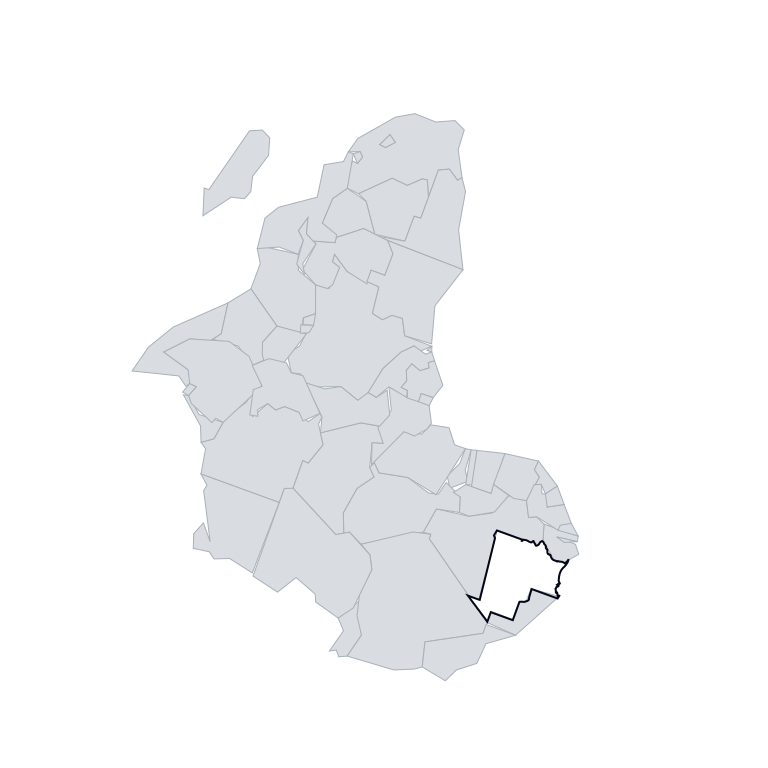 where Mauritania sits in Africa, rotated 200°
{"feature_id": "MRT", "entity_name": "Mauritania", "entity_type": "country or territory", "adm_level": 0, "iso_a3": "MRT", "parent_name": "Africa", "parent_adm1": "", "projection": "mercator", "projection_center": [-11.622, 21.016], "detail": "fine", "context": "in_parent", "style": "outline", "palette": "ink", "viewbox_px": 768, "rotation_deg": 200, "n_neighbors": 49, "source": "natural_earth", "source_scale": "50m", "svg_char_len": 13995}
<svg xmlns="http://www.w3.org/2000/svg" viewBox="0 0 768 768"><g transform="rotate(200 384 384)"><path d="M504.4,401.8L541.6,427.9L541.5,454.9L549.4,467.9L543.8,472.0L509.0,476.5L503.3,461.5L482.2,453.8L474.4,440.9L472.4,426.7L482.3,418.7L480.0,403.1L504.4,401.8Z" fill="#d9dde1" stroke="#a8b0b8" stroke-width="1"/><path d="M205.6,195.1L205.5,207.0L182.5,206.6L182.7,226.3L176.2,227.0L175.8,241.9L146.8,244.3L174.5,192.9L205.6,195.1Z" fill="#d9dde1" stroke="#a8b0b8" stroke-width="1"/><path d="M472.4,426.7L482.2,453.8L468.2,455.1L465.6,478.4L474.3,481.2L474.9,489.0L457.1,477.1L422.0,473.4L419.0,446.4L407.5,443.9L400.0,451.3L389.1,451.9L381.1,436.4L352.0,435.8L361.9,426.7L368.8,430.0L378.8,419.9L390.3,398.1L396.6,365.6L403.1,359.7L423.7,366.8L446.5,358.2L458.6,358.3L466.0,365.0L475.0,362.8L485.3,379.6L476.2,390.9L472.4,426.7Z" fill="#d9dde1" stroke="#a8b0b8" stroke-width="1"/><path d="M558.3,406.9L554.1,375.5L562.1,365.4L582.0,359.9L601.9,338.7L573.0,330.4L565.2,320.5L569.3,314.1L579.6,321.4L625.2,310.1L617.9,338.2L601.5,365.5L558.3,406.9Z" fill="#d9dde1" stroke="#a8b0b8" stroke-width="1"/><path d="M541.6,427.9L504.4,401.8L512.4,381.7L505.1,365.2L514.2,356.4L534.0,369.8L560.2,367.6L554.1,375.5L558.3,406.9L541.6,427.9Z" fill="#d9dde1" stroke="#a8b0b8" stroke-width="1"/><path d="M438.9,337.1L433.6,334.0L431.1,332.0L431.8,323.9L420.4,306.0L428.1,283.7L434.1,284.2L433.9,251.8L441.9,251.8L441.9,236.8L525.2,236.8L529.5,262.1L536.0,266.7L525.1,274.3L521.0,299.0L506.9,320.1L504.9,333.9L496.3,308.5L486.5,325.9L477.0,322.5L469.8,328.8L454.2,328.4L442.4,322.6L434.1,334.4L438.9,337.1Z" fill="#d9dde1" stroke="#a8b0b8" stroke-width="1"/><path d="M433.8,254.9L434.1,284.2L428.1,283.7L420.4,306.0L427.0,316.4L392.6,339.5L373.7,342.9L364.4,327.8L375.1,324.7L368.9,300.7L361.5,293.2L373.5,276.7L378.1,248.9L370.7,230.2L377.8,226.0L433.8,254.9Z" fill="#d9dde1" stroke="#a8b0b8" stroke-width="1"/><path d="M381.2,604.5L384.6,600.6L396.1,608.3L406.1,603.6L406.1,574.6L413.1,590.6L418.1,589.8L430.1,578.5L446.6,580.2L473.0,554.1L485.4,555.3L490.6,571.5L489.9,582.9L484.4,582.1L481.8,590.0L486.0,594.2L496.9,590.0L492.5,605.9L464.5,638.7L447.4,648.6L424.9,647.9L407.4,655.8L395.5,650.2L394.4,629.5L381.2,604.5ZM469.9,607.5L463.5,606.7L456.0,614.9L463.7,620.4L469.9,607.5Z" fill="#d9dde1" stroke="#a8b0b8" stroke-width="1"/><path d="M469.9,607.5L463.7,620.4L456.0,614.9L463.5,606.7L469.9,607.5Z" fill="#d9dde1" stroke="#a8b0b8" stroke-width="1"/><path d="M485.4,555.3L463.1,549.5L443.8,521.6L456.3,523.1L479.0,505.3L497.0,514.1L495.7,540.7L485.4,555.3Z" fill="#d9dde1" stroke="#a8b0b8" stroke-width="1"/><path d="M473.0,554.1L446.6,580.2L430.1,578.5L418.1,589.8L413.1,590.6L406.1,574.6L406.1,552.3L413.0,552.0L413.2,525.4L443.8,521.6L463.1,549.5L473.0,554.1Z" fill="#d9dde1" stroke="#a8b0b8" stroke-width="1"/><path d="M406.1,552.3L406.1,603.6L396.1,608.3L384.6,600.6L381.2,604.5L373.2,592.7L366.6,554.3L348.9,518.4L442.5,520.4L413.2,525.4L413.0,552.0L406.1,552.3Z" fill="#d9dde1" stroke="#a8b0b8" stroke-width="1"/><path d="M149.2,298.8L142.8,290.6L153.4,278.0L164.2,277.0L181.1,291.4L185.7,307.1L149.5,307.5L148.3,302.0L169.3,299.4L149.2,298.8Z" fill="#d9dde1" stroke="#a8b0b8" stroke-width="1"/><path d="M185.7,307.1L181.1,291.4L184.6,285.8L227.6,285.0L221.2,214.1L232.0,214.0L288.6,254.1L288.7,258.8L296.5,258.1L292.0,284.5L259.0,288.8L238.4,299.7L228.6,321.9L210.2,323.1L202.5,308.0L195.2,311.4L185.7,307.1Z" fill="#d9dde1" stroke="#a8b0b8" stroke-width="1"/><path d="M285.4,351.1L279.6,351.9L278.2,330.8L271.9,321.2L286.5,308.6L293.2,319.3L285.6,335.2L285.4,351.1Z" fill="#d9dde1" stroke="#a8b0b8" stroke-width="1"/><path d="M370.7,230.2L378.1,248.9L373.5,276.7L361.5,293.2L368.9,300.7L366.0,306.8L358.3,298.8L329.8,304.3L304.7,296.8L295.3,299.2L291.8,312.7L273.7,304.1L269.1,289.1L292.0,284.5L296.5,258.1L350.7,225.6L365.8,233.0L370.7,230.2Z" fill="#d9dde1" stroke="#a8b0b8" stroke-width="1"/><path d="M285.4,351.1L297.2,297.7L329.8,304.3L358.3,298.8L368.8,309.6L348.9,346.0L331.3,349.8L326.2,361.6L307.9,365.2L296.9,351.0L285.4,351.1Z" fill="#d9dde1" stroke="#a8b0b8" stroke-width="1"/><path d="M368.2,304.1L375.1,324.7L364.4,327.8L374.8,340.9L368.1,361.8L378.4,383.0L334.2,379.1L326.1,363.5L328.0,356.6L337.5,345.6L348.9,346.0L368.2,304.1Z" fill="#d9dde1" stroke="#a8b0b8" stroke-width="1"/><path d="M272.8,317.4L279.6,351.9L273.9,353.4L266.2,319.5L272.8,317.4Z" fill="#d9dde1" stroke="#a8b0b8" stroke-width="1"/><path d="M266.7,317.3L273.9,353.4L246.5,360.0L245.9,317.7L266.7,317.3Z" fill="#d9dde1" stroke="#a8b0b8" stroke-width="1"/><path d="M210.2,323.1L223.0,320.8L246.7,327.1L246.5,360.0L212.4,364.4L213.4,355.0L206.1,349.6L210.2,323.1Z" fill="#d9dde1" stroke="#a8b0b8" stroke-width="1"/><path d="M170.4,306.1L195.2,311.4L202.5,308.0L210.2,323.1L208.4,341.0L201.9,343.6L198.0,334.9L192.8,336.3L188.5,324.2L173.5,332.4L160.3,317.1L170.4,306.1Z" fill="#d9dde1" stroke="#a8b0b8" stroke-width="1"/><path d="M149.5,307.5L170.4,306.1L170.1,311.6L160.3,317.1L149.5,307.5Z" fill="#d9dde1" stroke="#a8b0b8" stroke-width="1"/><path d="M207.3,341.0L206.1,349.6L213.4,355.0L212.4,364.4L186.2,347.4L194.7,335.9L201.9,343.6L207.3,341.0Z" fill="#d9dde1" stroke="#a8b0b8" stroke-width="1"/><path d="M173.5,332.4L188.5,324.2L194.7,335.9L186.2,347.4L173.5,332.4Z" fill="#d9dde1" stroke="#a8b0b8" stroke-width="1"/><path d="M228.6,321.9L236.5,301.4L259.0,288.8L269.1,289.1L273.7,304.1L281.8,305.8L272.8,317.4L245.9,317.7L246.7,327.1L228.6,321.9Z" fill="#d9dde1" stroke="#a8b0b8" stroke-width="1"/><path d="M458.6,358.3L437.8,359.2L423.7,366.8L403.1,359.7L396.0,370.5L386.7,368.9L378.9,379.2L368.0,356.8L373.7,342.9L392.6,339.5L427.0,316.4L431.1,332.0L458.6,358.3Z" fill="#d9dde1" stroke="#a8b0b8" stroke-width="1"/><path d="M396.0,370.5L390.3,398.1L378.8,419.9L368.8,430.0L355.1,426.3L350.1,430.5L344.4,423.0L349.7,419.2L347.1,414.5L354.8,408.8L364.7,412.4L367.7,404.5L363.7,394.8L366.7,386.7L359.7,385.9L358.3,379.2L378.4,383.0L386.7,368.9L396.0,370.5Z" fill="#d9dde1" stroke="#a8b0b8" stroke-width="1"/><path d="M345.6,379.2L357.4,378.8L359.7,385.9L366.7,386.7L363.7,394.8L367.7,404.5L364.7,412.4L354.8,408.8L347.1,414.5L349.7,419.2L344.4,423.0L328.2,402.9L333.1,388.0L345.7,387.7L345.6,379.2Z" fill="#d9dde1" stroke="#a8b0b8" stroke-width="1"/><path d="M334.2,379.1L345.6,379.2L345.7,387.7L333.1,388.0L334.2,379.1Z" fill="#d9dde1" stroke="#a8b0b8" stroke-width="1"/><path d="M482.2,453.8L499.7,463.3L495.9,492.3L499.6,494.1L478.3,500.1L479.0,505.3L456.3,523.1L429.4,520.0L420.1,509.4L420.4,486.4L435.0,486.5L434.3,472.2L457.1,477.1L474.9,489.0L474.3,481.2L465.6,478.4L466.2,459.7L470.0,454.3L482.2,453.8Z" fill="#d9dde1" stroke="#a8b0b8" stroke-width="1"/><path d="M496.4,460.1L507.1,466.8L509.0,491.3L516.9,498.8L512.4,514.7L508.3,498.8L495.9,492.3L501.5,469.4L496.4,460.1Z" fill="#d9dde1" stroke="#a8b0b8" stroke-width="1"/><path d="M509.0,476.5L529.5,476.8L549.4,467.9L552.6,499.3L543.4,514.1L510.6,536.8L515.3,569.6L498.2,579.1L496.9,590.0L491.6,589.9L485.4,555.3L495.7,540.7L497.0,514.1L479.4,508.0L478.3,500.1L499.6,494.1L508.3,498.8L512.4,514.7L516.9,498.8L509.0,491.3L509.0,476.5Z" fill="#d9dde1" stroke="#a8b0b8" stroke-width="1"/><path d="M491.6,589.9L486.0,594.2L481.8,590.0L484.4,582.1L491.6,589.9Z" fill="#d9dde1" stroke="#a8b0b8" stroke-width="1"/><path d="M350.1,430.5L355.1,430.2L352.0,435.8L350.1,430.5ZM353.0,438.0L381.1,436.4L389.1,451.9L400.0,451.3L407.5,443.9L419.0,446.4L422.0,473.4L435.1,474.5L435.0,486.5L420.4,486.4L420.1,509.4L429.4,520.0L348.9,518.4L362.9,474.9L353.0,438.0Z" fill="#d9dde1" stroke="#a8b0b8" stroke-width="1"/><path d="M480.3,412.0L482.3,418.7L472.4,426.7L470.2,415.0L480.3,412.0Z" fill="#d9dde1" stroke="#a8b0b8" stroke-width="1"/><path d="M611.7,480.2L620.0,506.7L615.1,506.7L597.0,575.9L585.2,581.0L575.6,576.3L570.7,559.3L578.5,534.2L575.0,519.2L578.4,510.4L591.5,507.3L611.7,480.2Z" fill="#d9dde1" stroke="#a8b0b8" stroke-width="1"/><path d="M148.3,302.0L160.7,296.7L169.3,299.4L148.3,302.0Z" fill="#d9dde1" stroke="#a8b0b8" stroke-width="1"/><path d="M333.0,171.7L319.3,140.3L325.6,115.7L333.2,112.2L337.9,117.7L343.9,114.4L337.7,138.3L347.1,148.4L333.0,171.7Z" fill="#d9dde1" stroke="#a8b0b8" stroke-width="1"/><path d="M205.6,195.1L205.6,183.6L257.3,155.7L251.3,131.2L258.0,126.5L276.8,118.7L325.6,115.7L319.3,140.3L330.1,157.0L335.3,178.9L331.9,205.3L338.8,218.6L350.7,225.6L306.3,254.8L288.7,258.8L288.6,254.1L205.6,195.1Z" fill="#d9dde1" stroke="#a8b0b8" stroke-width="1"/><path d="M522.1,292.8L525.1,274.3L536.0,266.7L542.1,281.9L568.8,305.2L563.7,306.4L547.4,292.1L522.1,292.8Z" fill="#d9dde1" stroke="#a8b0b8" stroke-width="1"/><path d="M174.5,192.9L199.4,174.8L201.2,153.2L218.0,140.2L224.9,126.1L251.3,131.2L257.3,155.7L205.6,183.6L205.7,192.9L174.5,192.9Z" fill="#d9dde1" stroke="#a8b0b8" stroke-width="1"/><path d="M525.2,236.8L441.9,236.8L443.1,161.4L469.4,167.2L483.9,161.5L490.8,166.6L507.0,164.3L511.6,178.3L506.2,191.7L493.3,176.2L517.0,222.1L515.8,228.4L525.2,236.8Z" fill="#d9dde1" stroke="#a8b0b8" stroke-width="1"/><path d="M441.4,158.7L441.9,251.8L433.8,254.9L377.8,226.0L365.8,233.0L338.8,218.6L331.9,205.3L336.3,163.0L347.1,148.4L373.5,155.7L376.8,163.0L400.4,172.1L412.9,152.0L441.4,158.7Z" fill="#d9dde1" stroke="#a8b0b8" stroke-width="1"/><path d="M601.9,338.7L582.0,359.9L544.1,371.1L520.3,363.8L497.8,340.3L522.1,292.8L530.3,294.3L532.5,288.9L558.4,299.8L563.7,306.4L559.5,317.1L566.7,317.9L573.0,330.4L601.9,338.7Z" fill="#d9dde1" stroke="#a8b0b8" stroke-width="1"/><path d="M563.7,306.4L570.5,307.5L566.7,317.9L559.5,317.1L563.7,306.4Z" fill="#d9dde1" stroke="#a8b0b8" stroke-width="1"/><path d="M504.4,401.8L474.1,404.5L485.8,368.5L505.1,365.2L508.5,370.1L512.4,381.7L504.4,401.8Z" fill="#d9dde1" stroke="#a8b0b8" stroke-width="1"/><path d="M480.0,403.1L482.4,411.1L470.2,415.0L472.1,406.5L480.0,403.1Z" fill="#d9dde1" stroke="#a8b0b8" stroke-width="1"/><path d="M482.9,370.5L475.0,362.8L462.9,364.1L434.1,334.4L447.5,321.6L454.2,328.4L469.8,328.8L477.0,322.5L486.5,325.9L493.9,316.8L491.6,310.5L499.5,309.0L504.9,333.9L497.8,340.3L514.2,356.4L500.8,368.5L482.9,370.5Z" fill="#d9dde1" stroke="#a8b0b8" stroke-width="1"/><path d="M180.3,290.0L180.2,289.9L179.4,289.4L179.1,288.8L178.5,288.3L177.7,288.0L177.1,287.7L176.9,287.3L176.6,287.0L176.3,286.8L176.2,286.7L176.3,286.5L176.2,286.1L175.8,285.3L175.3,284.9L174.9,285.0L174.7,284.9L174.6,284.7L174.5,284.4L174.3,284.2L173.8,284.1L173.5,283.5L173.2,282.4L172.8,281.5L172.4,280.9L172.1,280.7L171.9,280.6L171.7,280.3L171.4,280.3L170.9,280.5L170.5,280.4L170.3,280.1L170.0,280.1L169.6,280.3L169.2,280.2L168.7,279.8L168.5,279.4L168.4,279.1L167.7,278.3L166.2,277.1L164.5,276.5L162.7,276.6L161.7,276.5L161.5,276.4L161.3,276.4L161.1,276.6L160.9,276.6L160.6,276.5L160.4,276.9L159.8,277.1L158.6,277.1L157.6,277.3L156.9,277.6L155.9,277.8L154.5,277.7L153.7,277.6L153.4,277.4L153.0,277.3L152.5,277.4L152.1,278.0L151.7,279.1L151.4,279.7L151.1,279.8L150.9,280.6L150.7,281.9L150.5,282.5L150.5,279.2L150.8,278.0L151.0,276.9L151.8,274.5L152.8,272.6L153.7,270.0L154.0,267.5L153.9,265.0L153.6,262.8L153.2,261.3L152.7,259.2L152.1,258.1L150.9,257.1L150.6,256.6L150.9,256.3L151.6,256.2L152.1,255.4L151.1,255.7L152.2,253.4L152.6,251.8L152.5,250.7L152.8,250.1L151.9,248.7L151.2,246.9L150.9,246.6L150.5,246.5L150.5,246.9L150.3,247.3L149.9,247.1L149.1,245.8L148.1,243.7L147.7,243.4L147.4,243.7L147.2,244.0L146.9,245.8L146.8,245.1L146.9,244.3L147.2,243.2L147.5,241.8L148.4,241.8L150.0,241.8L151.6,241.8L153.2,241.8L154.8,241.8L156.4,241.8L158.0,241.8L159.6,241.8L161.2,241.8L162.8,241.8L164.4,241.8L166.1,241.8L167.7,241.8L169.3,241.8L170.9,241.8L172.5,241.8L174.1,241.8L175.2,241.8L175.1,240.8L175.1,240.0L175.0,238.9L174.9,237.9L174.9,236.8L174.8,235.8L174.7,234.8L174.7,233.9L174.6,233.0L174.5,232.5L174.2,231.5L174.1,231.1L174.2,230.5L174.4,230.1L175.1,229.2L176.0,228.5L177.1,227.7L177.9,227.1L178.4,227.0L179.7,226.7L180.7,226.3L181.7,225.8L182.1,225.6L182.2,224.8L182.2,223.8L182.2,222.8L182.2,221.7L182.2,220.7L182.2,219.7L182.2,218.6L182.2,217.6L182.2,216.5L182.2,215.5L182.2,214.4L182.2,213.3L182.2,212.3L182.2,211.2L182.2,210.2L182.2,209.1L182.2,208.1L182.2,207.0L182.2,206.1L183.2,206.1L184.5,206.1L185.8,206.1L187.2,206.1L188.5,206.1L189.8,206.1L191.1,206.1L192.4,206.1L193.7,206.1L195.0,206.1L196.3,206.1L197.6,206.1L198.9,206.1L200.2,206.1L201.5,206.1L202.8,206.1L204.2,206.1L205.6,206.1L205.6,205.2L205.6,203.9L205.6,202.1L205.6,200.4L205.6,198.8L205.6,197.3L205.6,195.9L206.9,196.8L208.2,197.7L209.5,198.6L210.8,199.4L212.2,200.3L213.5,201.2L214.8,202.0L216.1,202.9L217.4,203.8L218.8,204.6L220.1,205.5L221.4,206.4L222.7,207.2L224.0,208.1L225.4,208.9L226.7,209.8L227.8,210.5L229.5,211.7L231.1,212.8L232.7,213.8L230.2,213.8L226.9,213.8L224.7,213.8L222.4,213.8L220.2,213.9L220.4,215.6L220.6,217.5L220.8,219.4L221.0,221.4L221.2,223.3L221.4,225.2L221.6,227.1L221.8,229.0L222.0,230.9L222.2,232.8L222.4,234.6L222.6,236.5L222.8,238.4L223.0,240.3L223.2,242.2L223.4,244.0L223.6,245.9L223.8,247.8L224.0,249.6L224.2,251.5L224.4,253.3L224.6,255.2L224.8,257.0L225.0,258.9L225.2,260.7L225.4,262.6L225.6,264.4L225.8,266.3L226.0,268.1L226.2,269.9L226.4,271.8L226.6,273.6L226.8,275.4L227.0,277.2L227.8,278.1L228.9,279.3L228.6,280.9L228.2,282.9L227.8,285.0L226.3,285.0L224.9,285.0L223.5,285.0L222.0,285.0L220.6,285.0L219.2,285.0L217.8,285.0L216.3,285.0L214.9,285.0L213.5,285.0L212.0,285.0L210.6,285.0L209.2,285.0L207.7,285.0L206.3,285.0L204.9,285.0L203.4,285.0L202.1,285.0L201.3,284.9L201.0,284.8L200.9,283.7L200.6,283.7L200.4,284.1L200.2,284.4L200.3,284.9L200.2,285.3L199.3,285.4L198.1,285.7L196.7,285.9L195.4,285.8L195.0,285.7L194.5,285.6L193.4,285.4L192.9,285.4L192.2,285.4L191.4,285.5L191.2,285.7L190.6,286.6L190.0,287.5L189.7,287.5L189.3,287.0L188.1,286.0L186.7,284.7L186.1,284.1L185.8,284.0L185.1,284.4L184.6,284.9L184.0,285.5L183.7,286.1L183.5,286.8L183.4,287.7L183.2,288.6L182.7,289.4L182.1,290.0L181.7,290.3L181.6,290.5L180.3,290.0ZM151.6,254.0L151.2,254.7L151.0,254.4L150.9,254.0L151.3,253.3L151.5,252.9L151.8,252.8L151.6,254.0Z" fill="none" stroke="#020617" stroke-width="2"/></g></svg>